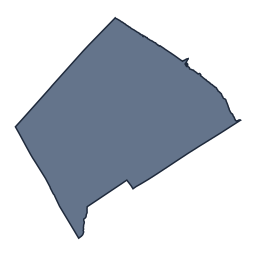 Quilmes, Buenos Aires, Argentina
{"feature_id": "61730980B6528535412911", "entity_name": "Quilmes", "entity_type": "district", "adm_level": 2, "iso_a3": "ARG", "parent_name": "Argentina", "parent_adm1": "Buenos Aires", "projection": "albers", "projection_center": [-58.244, -34.74], "detail": "fine", "context": "isolated", "style": "filled", "palette": "slate", "viewbox_px": 256, "rotation_deg": 0, "n_neighbors": 0, "source": "geoboundaries", "source_scale": "gbopen_adm2", "svg_char_len": 5491}
<svg xmlns="http://www.w3.org/2000/svg" viewBox="0 0 256 256"><path d="M240.6,120.2L240.4,120.0L240.0,119.9L239.9,120.0L239.5,120.0L239.1,119.9L238.8,120.0L238.3,120.5L238.0,120.6L237.8,120.6L237.6,120.6L236.4,121.0L236.3,120.9L235.8,120.6L235.5,120.4L235.4,120.1L235.2,119.8L235.2,119.6L234.9,119.3L234.7,119.0L234.6,118.6L234.6,118.3L234.2,117.6L234.1,117.1L233.7,116.7L233.5,116.4L233.3,116.1L233.1,115.7L233.0,115.3L232.9,114.9L232.7,114.6L232.5,114.2L232.3,113.9L231.9,113.8L231.7,113.6L231.4,113.5L231.1,113.0L230.9,112.7L230.7,112.4L230.3,111.8L230.1,111.3L229.9,110.9L229.7,110.6L229.5,110.2L229.2,109.5L229.2,109.2L229.1,108.9L229.0,108.5L229.0,108.2L228.7,107.8L228.6,107.7L228.4,107.2L228.3,106.7L228.2,106.3L228.0,105.7L227.8,105.2L227.6,104.6L227.4,104.2L227.3,103.7L227.1,103.3L226.9,102.9L226.7,102.3L226.3,101.5L226.2,101.0L226.1,100.8L226.0,100.3L225.9,100.1L225.8,99.8L225.6,99.5L225.2,99.1L224.8,99.0L224.5,98.8L224.1,98.7L223.4,98.2L223.0,97.7L222.9,97.4L222.8,96.9L222.7,96.7L222.5,96.3L222.2,96.1L222.0,95.7L221.8,95.1L221.7,94.8L221.6,94.6L221.5,94.4L221.5,94.2L221.3,93.8L221.0,93.5L220.7,93.2L220.3,92.9L220.1,92.6L219.8,92.4L219.7,92.4L219.6,92.1L219.4,92.0L219.2,91.8L219.0,91.7L218.6,91.3L218.4,91.1L218.2,91.1L217.9,90.7L217.7,90.2L217.6,89.9L217.0,89.3L216.9,89.0L216.8,88.7L216.7,88.4L216.2,87.8L216.1,87.6L215.7,87.5L215.4,87.4L215.2,87.2L214.9,86.9L214.7,86.9L214.6,86.6L214.3,86.5L213.7,86.0L213.2,85.7L212.9,85.4L212.7,85.2L212.3,84.8L212.1,84.7L211.9,84.5L211.7,84.4L211.4,84.4L210.8,83.9L210.4,83.6L210.3,83.3L210.1,83.1L209.8,83.0L209.5,82.8L209.2,82.6L209.0,82.2L208.6,81.9L208.4,81.8L208.0,81.7L207.7,81.4L207.3,81.1L206.6,80.6L206.3,80.3L206.2,80.1L206.0,79.7L205.7,79.7L205.1,79.3L204.6,78.9L204.2,78.6L203.7,78.2L202.8,77.5L202.3,77.0L202.1,76.8L201.8,76.6L201.5,76.4L201.3,76.3L201.1,76.1L200.8,75.9L200.7,75.8L200.5,75.6L200.5,75.4L200.6,75.1L200.8,74.9L200.6,74.6L200.4,74.3L200.1,73.8L199.7,73.5L199.2,73.5L198.8,73.8L198.6,73.9L198.2,73.9L197.9,73.8L195.6,71.9L195.2,71.7L194.0,70.8L193.8,70.6L193.7,70.4L193.6,70.2L193.4,70.1L193.2,70.2L192.9,70.1L191.1,69.4L190.6,69.2L190.3,69.1L190.0,69.0L189.7,69.0L189.5,68.8L189.5,68.4L189.4,67.9L189.4,67.7L189.2,67.5L189.1,67.4L188.6,67.0L188.4,66.8L188.0,66.7L187.8,66.4L187.6,66.5L187.3,66.5L187.1,66.5L187.0,66.3L186.9,66.3L186.6,66.4L186.5,66.1L186.4,65.9L186.4,65.7L187.2,65.7L187.4,65.5L187.5,65.5L187.7,65.3L187.7,64.9L187.7,64.6L187.6,64.0L187.3,63.7L187.1,63.5L186.9,63.8L186.6,64.2L186.3,64.5L186.0,64.8L185.8,65.2L185.1,64.0L185.2,63.7L185.8,62.9L186.1,62.6L186.3,62.2L186.4,61.9L186.6,61.4L187.0,60.9L187.5,59.8L187.9,59.3L188.2,59.0L188.2,58.6L187.6,58.8L187.2,58.8L186.4,59.1L185.9,59.3L185.6,59.6L185.3,59.8L184.9,59.9L184.6,60.2L184.4,60.3L184.2,60.4L184.1,60.5L183.6,60.5L183.3,60.6L183.2,60.6L182.9,61.0L182.7,61.3L182.5,61.2L180.5,59.9L174.4,55.5L164.4,48.8L164.1,48.5L159.9,45.7L159.7,45.8L159.5,46.1L159.2,46.0L158.9,45.7L158.6,45.4L158.3,45.2L158.1,45.3L157.9,45.2L157.7,44.8L157.3,44.6L156.7,44.0L156.2,43.7L156.0,43.4L155.9,43.2L155.6,42.9L154.8,42.6L154.5,42.5L154.1,42.3L153.3,41.8L153.0,41.6L152.7,41.4L152.5,41.1L152.1,41.0L151.8,40.9L151.5,40.8L150.9,40.4L150.6,40.4L150.3,40.3L150.0,40.1L149.4,39.5L149.0,39.4L148.8,39.3L148.6,39.1L148.4,39.0L148.2,38.9L147.8,38.7L147.4,38.4L147.3,38.0L147.2,37.7L146.8,37.5L146.5,37.5L146.3,37.5L145.9,37.3L145.7,37.1L145.5,36.8L145.2,36.6L144.9,36.5L144.6,36.2L144.3,36.1L143.9,36.1L143.6,36.1L143.4,36.3L143.2,36.6L142.9,36.5L143.0,36.1L143.1,35.9L143.3,35.8L143.2,35.6L142.8,35.4L142.6,35.1L142.2,35.0L141.9,34.9L141.5,34.9L141.2,34.8L140.8,34.6L140.7,34.3L140.6,34.1L140.3,34.0L140.0,34.0L139.9,34.0L139.7,33.8L139.7,33.5L139.4,33.3L139.0,33.1L138.6,32.8L138.3,32.6L137.6,32.3L137.1,32.0L136.7,31.8L136.4,31.5L136.1,31.3L135.7,31.1L135.4,30.9L134.5,30.3L134.0,29.9L133.4,29.6L132.9,29.4L132.5,29.2L132.2,29.0L131.8,28.7L131.4,28.6L131.2,28.5L131.0,28.2L130.6,27.8L130.1,27.4L129.6,27.0L129.4,27.0L129.1,26.9L128.9,26.8L128.7,26.8L128.6,26.6L128.4,26.4L128.1,26.1L127.7,25.8L127.3,25.7L127.0,25.5L126.7,25.3L126.4,25.0L125.8,24.7L125.5,24.3L125.3,24.1L124.9,23.8L124.6,23.7L124.2,23.5L123.9,23.3L123.7,23.1L123.3,22.8L122.2,22.0L121.5,21.9L121.3,21.7L121.0,21.4L120.3,20.9L119.9,20.6L119.3,20.2L119.0,20.1L117.5,19.2L116.5,18.7L116.2,18.6L115.8,18.4L115.5,18.1L115.2,17.8L114.9,18.2L89.2,44.6L83.0,51.2L52.1,85.7L49.4,88.9L35.2,104.8L21.7,119.9L15.4,126.8L19.4,133.9L26.6,147.2L30.4,154.1L30.9,155.0L32.8,158.2L35.7,162.7L45.5,178.4L50.2,187.3L50.2,187.8L52.3,191.9L52.9,193.1L53.5,194.1L54.3,195.0L55.3,197.3L59.6,206.4L70.5,224.5L78.7,238.2L81.5,236.1L81.7,235.8L82.0,235.5L82.3,235.2L82.5,234.9L82.8,234.6L83.0,234.0L83.2,233.4L83.3,233.1L83.6,232.3L83.7,231.9L83.5,231.4L83.3,231.0L83.2,230.6L83.3,230.0L83.6,229.4L83.6,228.8L83.4,228.3L83.4,227.6L83.5,226.8L83.6,226.1L83.6,225.3L83.7,224.8L84.1,223.5L84.2,223.0L84.3,222.1L84.1,221.4L83.9,221.1L83.8,220.6L83.7,220.2L83.7,219.6L83.8,219.1L84.2,218.7L84.5,218.6L84.8,218.3L85.1,218.1L85.6,217.5L85.8,217.2L86.0,216.8L86.1,216.3L86.2,215.5L86.2,215.1L86.4,214.2L86.6,213.8L86.8,213.5L86.9,213.2L87.1,212.5L87.1,211.6L87.0,211.1L87.0,210.6L87.1,210.2L87.1,209.7L87.0,209.0L87.0,208.5L87.1,208.1L87.1,207.7L87.2,207.1L87.2,206.7L103.2,196.0L122.3,183.2L126.8,180.1L131.0,185.6L133.0,188.8L135.9,186.7L142.0,183.2L148.8,179.1L158.6,172.8L177.2,160.5L188.4,153.1L199.3,146.2L220.6,133.0L239.4,120.9L240.2,120.4L240.6,120.2Z" fill="#64748b" stroke="#1e293b" stroke-width="1.5"/></svg>